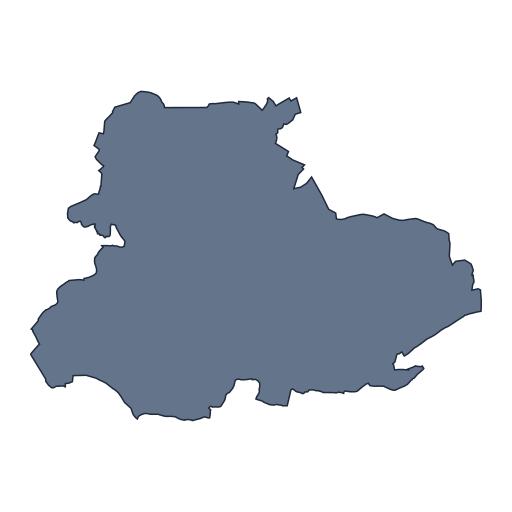 the district of Micestii De Campie, Bistrita-Nasaud, Romania
{"feature_id": "2599482B41315370322587", "entity_name": "Micestii De Campie", "entity_type": "district", "adm_level": 2, "iso_a3": "ROU", "parent_name": "Romania", "parent_adm1": "Bistrita-Nasaud", "projection": "orthographic", "projection_center": [24.308, 46.848], "detail": "fine", "context": "isolated", "style": "filled", "palette": "slate", "viewbox_px": 512, "rotation_deg": 0, "n_neighbors": 0, "source": "geoboundaries", "source_scale": "gbopen_adm2", "svg_char_len": 5999}
<svg xmlns="http://www.w3.org/2000/svg" viewBox="0 0 512 512"><path d="M209.6,417.9L210.0,416.0L210.3,413.2L210.2,411.7L210.7,409.9L208.7,408.1L209.1,407.5L209.8,406.8L210.7,406.3L212.6,407.1L214.2,406.9L217.9,407.0L219.3,406.9L220.2,406.6L221.1,406.0L224.7,400.2L225.3,398.1L225.6,395.7L225.9,395.4L226.5,394.0L226.9,393.9L227.8,393.1L228.6,392.7L229.2,392.6L230.9,390.6L232.6,388.4L233.9,385.9L235.2,380.5L236.7,379.4L237.9,379.2L239.3,379.2L240.9,379.7L242.0,379.8L245.6,379.7L251.8,378.8L252.1,379.7L255.4,379.4L257.3,380.4L258.0,381.0L259.7,383.1L259.7,386.6L259.5,387.9L259.1,389.1L259.3,390.3L259.3,391.9L258.9,393.2L256.7,396.8L255.9,399.0L256.8,399.4L262.2,401.0L262.9,401.4L263.7,402.2L269.8,404.7L273.9,405.1L275.5,404.6L277.1,404.5L278.7,404.9L281.6,405.2L282.4,405.8L287.2,405.8L291.0,389.7L292.6,388.9L296.0,391.4L297.3,392.0L299.5,392.3L301.1,392.9L301.8,393.5L303.7,393.5L304.6,392.2L306.0,391.9L307.7,391.8L309.3,389.9L313.4,389.9L316.5,390.8L318.7,390.6L319.2,391.1L320.1,391.2L322.3,392.0L322.9,392.5L333.6,392.6L336.1,392.9L338.5,392.2L342.0,392.7L343.6,393.4L343.7,392.4L344.8,391.1L345.3,391.0L349.5,391.7L352.8,391.8L355.4,391.7L357.5,391.0L363.6,385.8L364.7,385.3L365.7,384.2L368.4,383.3L368.8,383.7L368.8,384.1L370.1,385.7L374.4,386.2L381.3,386.1L383.9,386.3L389.5,389.0L392.4,390.0L393.4,390.2L395.7,390.1L396.5,389.5L401.2,387.4L404.4,386.1L407.6,384.2L411.2,380.2L412.2,379.6L412.6,378.7L414.2,378.1L417.3,374.4L422.6,369.9L423.8,368.4L422.2,366.0L421.0,366.6L420.2,366.6L416.6,366.2L415.7,365.8L412.7,367.3L407.8,369.1L408.4,369.9L402.4,369.5L398.6,369.5L394.6,369.9L393.8,365.8L393.4,364.5L392.8,363.7L394.1,362.7L394.9,361.9L396.7,355.1L397.3,353.9L399.3,353.8L401.7,351.9L404.3,356.0L408.5,353.4L414.4,347.9L416.5,346.8L421.9,343.0L426.7,339.2L434.0,335.4L437.7,332.8L441.0,330.2L445.1,327.7L448.0,326.5L460.8,318.1L463.4,316.6L465.0,315.1L466.5,314.9L470.0,313.6L471.9,313.3L476.4,312.1L481.0,311.3L481.2,307.6L481.3,300.7L480.4,289.9L478.1,288.8L471.9,290.2L472.7,284.5L473.6,282.9L474.0,281.7L473.7,279.2L473.3,277.7L473.3,276.3L473.2,275.2L472.0,275.4L472.3,273.1L473.3,270.5L471.8,265.7L470.9,263.9L464.8,260.1L455.6,261.3L452.4,265.1L449.3,256.4L450.0,243.3L449.2,240.1L448.7,233.6L446.2,231.9L444.1,230.8L437.3,228.9L435.6,227.3L433.7,225.0L431.8,224.0L429.8,223.2L427.2,222.6L423.9,221.5L417.9,219.0L415.6,218.5L407.6,219.5L403.2,220.4L399.0,220.1L392.4,218.3L384.0,213.9L377.1,217.7L374.9,216.7L372.1,215.9L365.6,214.6L363.1,214.3L360.7,214.5L351.0,216.6L347.8,217.5L344.6,218.9L342.9,219.2L341.1,219.5L337.9,219.3L336.4,218.8L335.7,213.1L328.7,209.3L321.9,195.3L311.6,177.0L306.6,183.3L300.9,187.1L293.8,188.7L298.2,174.5L303.6,169.0L302.0,167.5L304.5,164.9L292.9,160.0L286.7,155.9L288.5,151.5L275.5,143.4L276.5,140.2L276.9,137.8L276.6,136.1L276.0,134.8L276.0,134.2L276.2,133.8L277.1,133.4L277.5,132.9L277.8,132.3L277.8,131.5L277.6,129.9L277.9,129.2L278.4,128.9L280.4,128.8L281.9,128.0L282.6,127.1L283.8,124.0L286.4,124.4L288.6,123.1L292.7,119.9L295.1,114.6L295.7,114.1L300.8,112.5L296.6,97.8L290.8,101.0L289.2,98.0L278.5,104.2L276.0,105.9L273.1,101.3L268.6,97.6L267.3,99.0L267.7,100.6L267.3,102.4L266.1,104.8L263.5,108.6L262.2,110.3L256.1,104.4L254.4,103.1L247.0,102.0L238.6,101.5L238.7,104.0L233.5,102.2L230.8,102.1L226.3,102.4L215.1,103.7L212.4,103.6L209.8,103.9L209.1,104.2L208.4,105.8L206.8,107.5L164.6,107.6L164.0,104.9L163.2,103.6L161.8,102.1L161.2,100.4L160.5,99.1L159.5,97.6L157.8,95.9L155.9,94.8L151.2,92.9L149.1,92.3L144.6,91.7L140.9,91.4L137.8,92.8L134.6,95.8L130.3,102.6L114.8,107.2L112.5,111.7L112.7,112.7L109.3,116.4L106.5,119.1L104.7,121.3L103.9,131.5L103.3,133.8L99.0,132.8L95.3,142.6L94.0,145.5L99.3,149.5L99.2,150.6L95.1,156.8L96.5,159.4L101.9,164.8L103.7,165.7L103.3,166.7L100.2,169.5L98.7,170.6L100.5,172.1L101.7,173.6L101.8,174.4L101.0,185.0L101.0,186.3L100.4,186.4L100.0,189.1L99.2,191.2L98.5,194.1L97.5,194.2L95.5,193.9L94.0,193.9L91.2,195.5L86.3,199.7L79.5,202.8L70.9,206.4L68.4,208.3L67.5,213.5L67.8,217.9L69.1,219.7L70.9,221.2L72.5,221.6L73.8,222.9L74.6,222.5L75.9,222.4L77.2,222.6L78.3,221.8L80.1,221.1L81.1,222.2L81.5,224.4L83.1,226.2L83.9,226.9L85.8,227.0L86.7,226.5L87.8,226.5L91.0,224.7L94.8,223.9L95.2,226.0L94.5,226.1L94.7,227.8L95.3,228.2L96.7,231.3L97.3,231.4L97.7,231.9L97.2,232.3L97.4,233.3L98.0,234.0L98.4,233.7L99.9,234.3L99.9,235.2L101.4,235.2L103.2,235.7L104.5,237.6L105.4,237.6L105.9,237.2L106.1,236.4L108.9,236.6L110.0,235.4L110.2,234.5L110.4,230.9L110.4,226.5L111.3,224.2L115.6,225.2L116.2,227.5L120.2,235.0L121.7,237.2L123.6,239.4L124.9,241.3L124.9,242.4L124.5,244.1L124.3,246.3L123.0,246.7L122.1,247.3L119.5,247.0L117.4,246.1L115.9,245.9L114.2,246.0L112.5,245.3L110.6,245.9L109.7,245.9L108.7,245.7L104.5,245.6L101.8,245.7L103.1,247.3L101.3,248.9L100.6,249.8L99.5,250.9L97.9,253.3L97.5,254.5L95.4,256.8L94.7,258.0L94.5,261.2L94.8,263.3L96.1,267.2L96.6,269.7L96.6,270.9L96.2,273.0L95.5,273.9L93.3,275.4L91.4,276.3L88.8,277.4L84.0,278.5L84.0,280.1L79.4,279.6L69.1,280.5L68.1,281.3L65.8,282.6L64.8,283.5L60.6,286.3L58.1,288.7L57.0,290.6L56.7,292.4L57.2,297.8L57.8,300.9L57.6,302.7L55.9,304.5L54.6,305.2L51.2,306.5L50.0,307.9L47.5,309.4L45.8,309.9L43.7,311.8L42.2,313.4L38.4,318.8L38.1,321.0L31.2,329.1L32.7,329.9L32.8,331.3L35.7,336.5L38.1,341.8L39.6,344.2L38.2,345.3L31.0,353.6L30.7,354.5L45.6,378.9L45.8,381.4L48.6,385.2L51.7,387.8L53.8,387.7L55.7,386.5L57.5,386.1L59.4,386.3L60.0,386.0L62.5,386.0L64.1,386.1L64.6,386.7L65.3,386.8L65.4,383.5L68.7,383.2L72.4,381.7L73.1,375.6L86.1,375.3L96.2,378.2L98.8,379.7L103.8,382.0L106.2,383.3L112.8,388.5L114.9,389.8L118.4,392.8L121.3,397.0L124.6,402.5L131.1,408.4L132.0,411.4L133.2,414.5L135.3,417.3L137.3,419.0L138.6,416.2L141.6,414.5L144.7,413.5L147.6,413.6L150.0,414.2L151.9,414.3L157.6,414.2L164.6,416.2L166.8,416.4L170.3,416.3L175.0,416.7L178.6,418.6L181.4,419.6L184.4,420.2L185.1,420.1L185.2,419.8L187.4,419.5L190.3,419.8L192.2,420.2L192.3,420.6L200.1,418.6L203.9,417.1L204.7,416.9L207.9,417.8L209.6,417.9Z" fill="#64748b" stroke="#1e293b" stroke-width="1.5"/></svg>